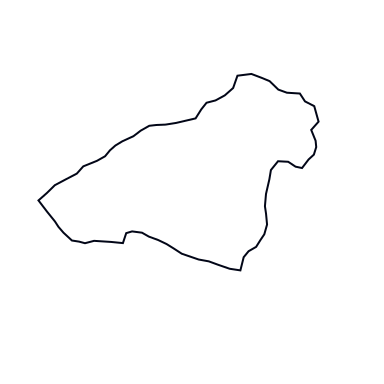 outline of Sinta, Cyprus, rotated 68°
{"feature_id": "46923920B25910914763137", "entity_name": "Sinta", "entity_type": "district", "adm_level": 2, "iso_a3": "CYP", "parent_name": "Cyprus", "parent_adm1": "", "projection": "albers", "projection_center": [33.704, 35.158], "detail": "fine", "context": "isolated", "style": "outline", "palette": "ink", "viewbox_px": 384, "rotation_deg": 68, "n_neighbors": 0, "source": "geoboundaries", "source_scale": "gbopen_adm2", "svg_char_len": 1071}
<svg xmlns="http://www.w3.org/2000/svg" viewBox="0 0 384 384"><g transform="rotate(68 192 192)"><path d="M141.1,55.1L135.5,66.8L129.4,73.6L118.3,78.5L112.2,84.7L104.8,92.7L101.2,106.3L111.0,114.9L114.7,125.4L115.9,135.9L114.7,145.1L118.9,152.5L125.1,161.1L122.0,180.9L119.6,191.3L116.5,200.0L114.6,206.8L115.9,216.6L118.3,225.3L118.9,237.6L120.2,245.6L122.6,252.4L126.3,259.2L127.5,268.4L127.5,283.2L131.8,291.9L133.0,304.2L134.3,316.6L138.6,327.0L142.3,337.5L155.8,333.8L168.0,330.1L174.2,328.9L181.6,326.4L192.0,321.5L195.7,315.3L199.4,310.4L200.6,301.1L208.0,285.7L213.5,275.2L205.5,268.4L206.1,262.3L211.0,253.6L217.2,248.7L223.9,241.3L230.7,235.1L237.4,230.2L245.4,224.6L257.1,211.1L262.6,202.4L269.3,195.0L277.3,185.8L282.8,176.5L271.8,168.5L268.1,161.7L266.9,153.1L262.0,146.3L258.3,140.8L250.3,134.6L239.9,131.5L232.5,129.7L221.5,124.1L209.2,115.5L201.2,110.6L195.7,100.7L200.0,91.5L207.3,86.5L211.0,81.0L205.5,71.7L203.0,65.0L196.9,60.0L190.8,58.2L179.1,58.2L174.2,48.3L158.2,46.5L150.3,53.3L141.1,55.1Z" fill="none" stroke="#020617" stroke-width="2"/></g></svg>